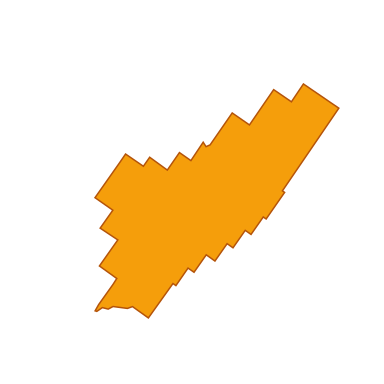 Hot Springs, Wyoming, United States of America (orthographic projection), rotated 305°
{"feature_id": "52423323B29926314501901", "entity_name": "Hot Springs", "entity_type": "district", "adm_level": 2, "iso_a3": "USA", "parent_name": "United States of America", "parent_adm1": "Wyoming", "projection": "orthographic", "projection_center": [-108.577, 43.77], "detail": "fine", "context": "isolated", "style": "filled", "palette": "amber", "viewbox_px": 384, "rotation_deg": 305, "n_neighbors": 0, "source": "geoboundaries", "source_scale": "gbopen_adm2", "svg_char_len": 747}
<svg xmlns="http://www.w3.org/2000/svg" viewBox="0 0 384 384"><g transform="rotate(305 192 192)"><path d="M174.3,115.9L131.7,115.8L131.7,137.6L109.7,137.5L110.2,158.7L78.3,158.6L78.0,180.0L71.0,180.3L46.3,180.1L39.1,180.8L39.6,182.5L45.9,184.9L48.0,190.5L52.9,193.0L59.6,205.9L64.0,209.0L63.8,228.5L106.1,228.9L106.1,232.5L127.4,232.4L127.4,239.7L148.7,239.7L148.6,250.4L169.8,250.4L169.8,257.6L191.1,257.6L191.1,264.7L212.4,264.7L212.4,268.2L242.1,268.1L244.8,268.1L244.8,265.4L344.9,264.2L344.8,257.0L344.4,221.3L322.9,221.7L322.7,200.2L279.9,200.6L279.8,179.6L241.0,179.8L237.2,177.5L239.2,172.6L217.1,173.1L217.1,159.1L195.8,159.2L196.2,137.4L185.2,137.4L185.0,115.8L174.3,115.9Z" fill="#f59e0b" stroke="#b45309" stroke-width="1.5"/></g></svg>